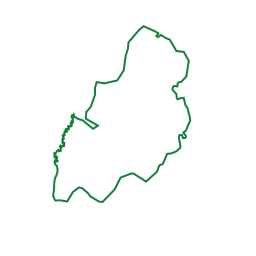 outline of Tarmuwa, Yobe, Nigeria, rotated 298°
{"feature_id": "59680162B67238968218645", "entity_name": "Tarmuwa", "entity_type": "district", "adm_level": 2, "iso_a3": "NGA", "parent_name": "Nigeria", "parent_adm1": "Yobe", "projection": "orthographic", "projection_center": [11.647, 12.245], "detail": "fine", "context": "isolated", "style": "outline", "palette": "green", "viewbox_px": 256, "rotation_deg": 298, "n_neighbors": 0, "source": "geoboundaries", "source_scale": "gbopen_adm2", "svg_char_len": 4778}
<svg xmlns="http://www.w3.org/2000/svg" viewBox="0 0 256 256"><g transform="rotate(298 128 128)"><path d="M112.5,175.6L120.7,175.0L123.0,174.6L124.0,175.2L125.4,177.6L128.6,180.5L130.2,181.7L135.5,183.5L138.3,181.5L142.4,178.2L145.0,176.8L146.1,176.9L146.7,178.3L147.1,179.2L144.9,181.3L145.9,183.0L146.4,183.3L147.0,183.3L148.0,183.0L150.0,179.0L152.0,179.9L153.3,180.4L154.0,180.3L154.3,180.3L155.6,180.1L157.5,179.9L158.1,179.8L163.8,179.4L165.8,178.1L173.7,171.0L174.4,169.4L175.1,168.1L176.6,166.7L180.8,163.0L178.9,160.4L176.6,158.2L177.2,157.2L180.8,154.6L182.3,150.0L183.7,148.7L186.6,148.7L187.9,152.0L191.0,150.9L192.4,151.6L193.7,153.3L200.9,155.3L215.9,150.1L221.4,141.6L218.7,134.6L225.6,123.5L225.2,119.2L225.5,113.4L222.3,111.7L222.6,109.9L225.8,110.4L226.1,107.5L225.2,94.0L220.3,91.9L203.9,88.2L198.3,90.6L190.5,92.1L183.2,94.8L176.9,97.2L165.0,96.2L156.4,86.3L153.8,78.8L148.0,80.0L141.9,83.3L129.3,85.2L122.6,83.7L116.4,86.3L116.0,100.3L112.4,98.4L111.3,97.9L110.9,97.4L113.5,84.5L112.5,78.8L113.0,76.5L112.6,75.9L112.4,75.1L112.5,74.9L114.3,74.1L114.6,73.7L114.3,73.7L114.2,73.7L113.8,73.4L113.6,73.4L113.5,73.1L113.3,72.9L113.2,72.7L112.9,72.5L112.6,72.5L112.1,72.8L112.0,73.0L111.8,73.1L111.7,73.0L111.3,73.0L111.2,73.1L110.9,73.3L110.7,73.8L110.6,74.0L110.7,74.3L110.7,74.7L110.4,75.0L110.0,75.1L109.7,75.1L109.3,75.3L109.0,75.6L108.3,75.9L107.9,76.0L107.5,76.5L107.0,76.8L106.9,76.9L106.7,76.8L106.6,76.7L106.8,76.5L107.1,76.5L107.1,76.4L106.9,76.2L106.8,75.8L106.9,75.7L107.1,75.6L107.3,75.6L107.5,75.6L107.8,75.5L107.8,75.3L107.8,75.1L107.7,75.0L107.6,74.9L107.4,74.9L107.1,75.2L106.9,75.3L106.5,75.5L106.3,75.6L105.7,75.2L105.4,75.1L105.0,75.2L104.9,75.3L104.9,75.5L104.9,75.8L104.9,76.0L104.9,76.3L104.8,76.5L104.6,76.8L104.3,77.0L103.9,77.1L103.4,77.2L102.9,77.2L102.7,77.0L102.6,76.8L102.7,76.5L102.7,76.3L102.7,76.1L102.3,75.8L102.1,75.7L101.9,75.5L101.9,75.3L101.9,75.1L102.0,74.8L101.9,74.5L101.7,74.3L101.5,74.2L101.3,74.3L101.2,74.4L101.1,74.6L100.9,75.4L100.6,75.8L100.2,75.9L99.9,76.0L99.6,76.1L99.3,76.1L98.8,76.2L98.6,75.9L99.0,75.2L99.0,74.9L98.9,74.6L98.7,74.4L98.2,74.2L98.0,73.7L97.8,73.7L97.6,73.7L97.3,73.8L97.2,74.1L96.9,74.8L96.7,75.2L96.3,75.7L95.9,75.7L95.7,75.5L95.5,75.0L95.6,74.8L95.8,74.6L95.8,74.1L95.6,73.7L95.2,73.6L94.8,73.7L94.5,73.9L93.2,74.4L92.7,74.6L92.5,74.8L92.6,75.0L92.6,75.3L92.3,75.4L92.1,75.4L92.0,75.2L92.0,74.9L91.8,74.8L91.7,74.7L91.8,74.5L91.9,74.3L91.8,74.1L91.6,73.9L91.4,73.9L91.1,74.0L90.9,74.1L90.5,74.0L90.4,74.1L90.5,74.4L90.6,74.5L90.8,74.6L90.9,74.8L90.7,75.0L90.2,75.1L89.9,75.0L89.5,75.1L89.2,75.1L88.9,75.4L88.7,75.6L88.7,75.8L88.7,76.0L88.8,76.2L88.7,76.4L88.4,76.4L88.2,76.3L88.2,76.1L88.2,75.8L88.3,75.7L88.0,75.3L87.8,75.2L87.6,75.2L87.2,75.5L87.0,75.9L86.7,76.1L86.4,76.2L86.1,76.2L85.9,76.1L85.6,76.1L85.5,76.4L85.5,76.6L85.4,76.9L85.3,77.0L84.8,76.9L84.7,76.9L84.4,76.9L84.1,77.1L84.0,77.6L84.0,77.8L84.4,77.8L84.7,77.9L84.8,78.0L84.8,78.5L84.9,78.8L84.7,78.9L84.4,79.0L83.9,79.3L83.5,79.4L83.1,79.5L82.8,79.4L82.5,79.5L82.0,80.0L81.7,79.8L81.6,79.7L81.6,79.3L81.7,79.2L81.9,79.1L81.8,78.7L81.7,78.5L81.5,78.3L81.3,78.2L80.7,78.1L80.5,77.9L80.5,77.7L80.8,77.3L80.9,77.1L80.9,76.7L80.7,76.6L80.2,76.5L79.9,76.8L79.4,77.0L79.2,77.3L79.3,77.4L79.5,77.6L79.6,77.9L79.5,78.1L79.5,78.3L79.3,78.5L79.0,78.5L78.8,78.4L78.5,78.2L78.2,78.2L77.7,78.3L77.5,78.6L77.3,78.7L77.1,78.8L76.7,79.1L76.4,79.2L76.4,78.8L76.3,78.6L76.2,78.4L75.8,78.6L75.6,78.6L75.4,78.5L75.2,78.4L75.1,78.1L75.7,77.8L75.9,77.7L76.2,77.4L76.2,77.2L75.8,77.2L75.6,77.1L75.5,76.9L75.5,76.7L75.4,76.4L75.0,76.2L74.7,76.2L74.4,76.2L74.0,76.2L73.7,76.2L73.2,76.1L72.0,75.9L71.7,75.7L71.4,75.3L71.5,75.1L71.4,75.0L71.2,74.9L71.1,75.0L70.9,75.3L70.7,75.5L70.4,75.7L70.2,75.6L70.2,75.4L70.0,75.6L70.2,75.8L70.4,76.1L70.4,76.3L70.1,76.5L69.8,76.6L69.5,76.5L69.4,76.6L69.3,76.8L69.0,76.9L68.8,76.9L68.7,76.8L68.4,76.7L68.2,76.7L67.9,76.6L67.7,76.7L67.6,76.9L67.6,77.0L67.8,77.2L68.1,77.3L68.2,77.5L68.5,77.6L68.9,77.4L69.2,77.5L69.3,77.8L69.2,78.0L69.3,78.2L69.3,78.3L69.2,78.5L68.8,78.6L68.6,78.6L68.4,78.7L68.3,78.9L68.5,79.3L68.1,79.5L67.8,79.2L67.3,79.2L66.9,79.4L66.8,79.2L66.4,79.1L65.8,79.4L65.8,79.8L66.0,80.0L66.1,80.4L66.3,80.6L66.2,80.9L65.9,81.4L65.6,81.3L65.3,81.1L64.9,81.0L64.6,80.5L64.6,80.0L64.6,79.7L64.9,79.5L65.1,79.2L65.2,78.8L64.9,78.7L63.6,79.0L62.3,80.1L61.8,80.8L61.5,81.6L61.0,83.2L59.7,84.2L58.3,85.3L55.8,86.4L52.0,87.1L49.4,87.1L44.3,88.9L40.2,91.0L36.8,92.3L33.6,93.4L32.3,94.6L30.8,96.2L29.9,98.0L32.5,102.4L34.5,108.8L45.6,109.4L52.6,112.7L53.3,115.8L51.8,122.8L50.0,126.8L49.4,136.7L49.6,137.4L50.7,140.2L65.5,144.5L67.8,145.1L80.7,144.7L89.3,152.2L90.4,154.3L89.6,164.6L89.1,169.0L101.4,173.6L103.4,174.1L107.6,173.5L109.8,173.3L112.5,175.6Z" fill="none" stroke="#15803d" stroke-width="2"/></g></svg>